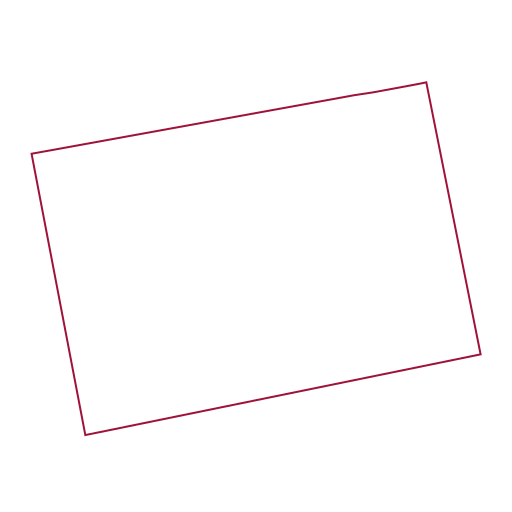 Dimmit, Texas, United States of America, rotated 349°
{"feature_id": "52423323B99675237938488", "entity_name": "Dimmit", "entity_type": "district", "adm_level": 2, "iso_a3": "USA", "parent_name": "United States of America", "parent_adm1": "Texas", "projection": "orthographic", "projection_center": [-99.607, 28.423], "detail": "fine", "context": "isolated", "style": "outline", "palette": "rose", "viewbox_px": 512, "rotation_deg": 349, "n_neighbors": 0, "source": "geoboundaries", "source_scale": "gbopen_adm2", "svg_char_len": 260}
<svg xmlns="http://www.w3.org/2000/svg" viewBox="0 0 512 512"><g transform="rotate(349 256 256)"><path d="M448.9,118.1L401.8,117.7L383.2,116.9L55.2,112.8L54.3,399.2L457.7,395.4L456.3,118.0L448.9,118.1Z" fill="none" stroke="#9f1239" stroke-width="2"/></g></svg>